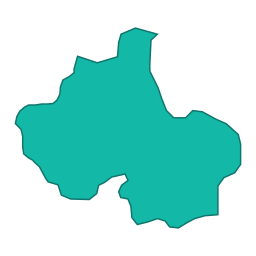 the district of Cheongyang-gun, South Chungcheong, South Korea
{"feature_id": "91817680B7861346133014", "entity_name": "Cheongyang-gun", "entity_type": "district", "adm_level": 2, "iso_a3": "KOR", "parent_name": "South Korea", "parent_adm1": "South Chungcheong", "projection": "mercator", "projection_center": [126.839, 36.437], "detail": "fine", "context": "isolated", "style": "filled", "palette": "teal", "viewbox_px": 256, "rotation_deg": 0, "n_neighbors": 0, "source": "geoboundaries", "source_scale": "gbopen_adm2", "svg_char_len": 1073}
<svg xmlns="http://www.w3.org/2000/svg" viewBox="0 0 256 256"><path d="M157.3,34.2L135.4,28.1L121.1,34.1L118.7,42.4L117.5,56.8L97.2,62.8L77.6,56.3L74.1,68.7L74.1,72.6L69.2,76.6L62.9,80.0L60.4,87.3L59.9,94.2L57.0,100.1L53.1,103.5L47.7,104.0L41.8,104.0L35.4,105.0L28.6,105.0L24.2,107.4L19.8,111.3L16.8,116.7L16.6,117.9L15.4,123.6L21.2,129.5L22.7,136.3L22.7,146.6L23.7,153.9L28.6,157.9L33.0,160.3L33.5,161.3L39.4,166.7L45.7,178.4L47.2,180.5L48.2,181.9L58.0,184.8L61.4,195.1L70.7,199.0L89.3,199.5L96.7,193.6L98.6,185.3L104.5,182.4L111.8,177.0L125.1,174.0L128.0,180.4L121.6,185.3L118.7,191.7L120.7,197.5L128.0,199.0L130.9,206.3L131.9,217.6L137.3,224.5L147.6,222.0L157.4,218.6L165.2,221.0L169.6,226.9L178.4,227.9L187.3,222.5L194.6,218.6L204.9,215.7L217.9,214.7L217.9,211.0L217.9,200.3L217.9,185.9L223.9,177.6L234.7,172.8L240.6,164.4L240.6,153.6L240.6,144.1L238.2,134.5L226.3,123.8L215.5,119.0L202.4,111.8L192.8,110.6L185.6,117.8L173.7,117.8L166.5,110.6L161.7,98.6L158.1,87.9L149.8,71.1L149.8,64.0L151.0,40.1L157.3,34.2Z" fill="#14b8a6" stroke="#0f766e" stroke-width="1.5"/></svg>